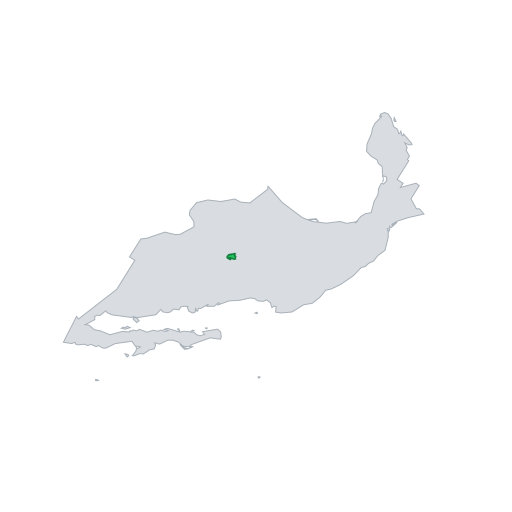 Lerdo, Durango, Mexico (highlighted), rotated 302°
{"feature_id": "50627088B11643703419483", "entity_name": "Lerdo", "entity_type": "district", "adm_level": 2, "iso_a3": "MEX", "parent_name": "Mexico", "parent_adm1": "Durango", "projection": "mercator", "projection_center": [-103.587, 25.471], "detail": "fine", "context": "in_parent", "style": "filled", "palette": "green", "viewbox_px": 512, "rotation_deg": 302, "n_neighbors": 0, "source": "geoboundaries", "source_scale": "gbopen_adm2", "svg_char_len": 5124}
<svg xmlns="http://www.w3.org/2000/svg" viewBox="0 0 512 512"><g transform="rotate(302 256 256)"><path d="M80.8,138.4L109.7,135.8L108.4,138.8L154.1,155.6L188.1,155.5L188.2,149.2L209.4,149.3L213.0,153.8L227.9,166.0L231.4,176.2L234.1,180.1L247.9,188.0L252.3,185.0L255.6,177.6L259.8,175.9L269.7,177.3L278.0,185.5L283.5,197.2L293.1,207.9L293.6,214.5L297.8,222.7L318.7,230.5L321.5,229.3L315.2,250.2L313.1,274.9L314.0,280.1L319.5,287.2L318.3,290.9L318.6,287.1L314.2,281.2L315.6,286.6L321.0,298.1L329.8,309.0L331.8,315.7L338.0,322.6L336.2,322.4L339.8,324.0L338.7,323.0L345.1,323.9L349.8,326.3L353.8,330.7L364.8,327.3L372.8,326.9L378.2,324.2L383.8,323.7L384.9,324.7L384.5,326.1L389.1,327.0L392.2,324.9L391.4,321.4L389.9,322.2L390.3,321.5L398.7,315.6L399.2,310.8L401.6,308.0L401.7,300.2L403.3,294.3L409.7,290.9L421.1,289.1L426.0,287.1L431.6,286.6L440.7,288.7L441.4,287.4L439.1,287.3L442.2,286.4L445.8,289.0L446.5,292.5L444.6,297.2L438.6,304.3L438.4,309.1L435.4,312.0L435.9,313.0L438.6,312.7L435.8,315.6L435.8,316.8L437.7,316.4L434.0,328.3L433.1,329.3L431.2,326.7L430.8,322.2L428.1,326.8L425.4,327.1L421.9,333.2L418.0,333.2L417.7,335.1L395.7,335.1L395.6,342.2L390.6,342.2L402.5,353.1L402.2,357.1L386.6,357.1L381.0,367.1L382.6,369.6L380.6,376.2L369.4,364.9L360.4,357.3L354.9,354.4L354.2,355.2L359.4,357.8L351.4,355.5L352.0,353.6L349.9,354.4L348.5,352.8L347.1,354.5L349.8,355.4L345.7,355.8L341.7,358.3L329.1,362.4L321.0,359.1L314.1,358.4L309.5,355.4L304.9,354.2L302.0,351.3L290.8,349.0L276.9,342.9L267.8,337.2L264.0,333.3L254.6,332.0L245.6,328.7L240.0,322.3L227.6,316.2L221.1,307.6L218.8,302.4L223.7,299.9L222.9,297.6L220.7,296.9L224.0,292.9L224.4,288.1L221.7,286.5L219.0,281.7L219.1,277.3L217.3,273.3L210.0,265.9L203.6,256.9L193.6,249.1L196.4,250.6L196.6,248.9L191.3,247.2L187.3,241.0L190.1,241.2L182.3,237.0L181.2,234.9L178.3,235.7L177.9,234.7L180.0,232.3L176.3,234.2L174.0,232.4L173.6,228.3L176.3,224.6L177.3,225.4L175.4,221.6L172.9,219.2L169.6,219.3L167.3,214.2L163.3,213.1L160.9,210.9L159.2,206.4L160.2,203.6L153.1,202.2L140.6,187.7L139.8,184.3L138.0,183.2L129.8,165.1L129.1,159.5L129.9,157.6L123.0,155.3L121.3,152.3L119.1,151.3L116.6,153.0L107.2,147.5L108.9,151.0L107.8,158.0L110.0,163.5L111.8,173.8L121.4,182.9L124.5,189.0L125.9,188.7L126.6,190.6L128.0,190.8L129.4,194.7L132.0,195.9L133.7,204.1L138.6,208.2L140.2,212.8L142.5,214.2L144.2,219.6L146.2,220.9L145.0,216.9L147.7,219.2L151.1,231.6L154.2,235.1L158.4,243.8L157.8,247.5L158.7,250.8L162.2,254.0L163.5,250.8L173.6,262.2L172.7,266.4L168.8,269.5L166.6,269.9L162.3,260.5L146.4,248.0L144.9,248.2L141.7,244.2L141.0,241.5L141.9,235.6L140.4,229.9L138.0,225.9L130.2,220.9L128.6,216.0L127.2,218.1L123.3,219.0L120.4,215.7L113.1,212.3L111.9,209.4L106.5,205.3L106.0,203.9L111.6,204.6L114.8,203.4L114.8,204.8L117.6,206.1L116.5,202.8L115.2,202.6L117.9,195.9L107.2,183.1L98.3,177.5L96.7,174.7L96.6,169.9L94.4,168.4L93.6,162.9L90.8,160.6L90.3,157.3L86.4,152.2L85.7,149.8L86.9,148.2L84.1,146.1L80.8,138.4ZM140.1,187.9L139.2,191.2L136.3,190.1L137.4,185.2L139.1,184.7L140.1,187.9ZM128.6,187.3L124.5,183.7L123.4,180.1L125.5,181.3L126.0,183.3L128.1,183.8L128.6,187.3ZM444.4,303.4L443.5,302.4L444.0,301.0L446.6,299.9L444.4,303.4ZM141.8,248.1L139.0,244.9L140.6,238.3L140.2,244.2L141.8,248.1ZM104.3,200.8L102.1,200.3L103.6,196.7L104.6,199.4L104.3,200.8ZM67.3,188.8L65.4,186.4L65.8,185.4L66.5,185.5L67.3,188.8ZM144.3,248.2L146.0,250.8L142.4,248.3L144.3,248.2ZM208.8,286.6L208.4,287.6L207.5,287.2L207.1,285.4L208.8,286.6ZM159.5,241.5L160.1,243.5L158.2,241.0L159.5,241.5ZM152.4,228.2L153.4,229.1L151.9,230.9L152.4,228.2ZM155.6,323.4L154.9,323.7L153.8,322.9L154.7,321.8L155.6,323.4ZM387.6,323.8L385.7,324.2L389.1,323.2L387.6,323.8ZM169.1,252.9L168.1,252.7L168.0,250.8L169.1,252.9Z" fill="#d9dde1" stroke="#a8b0b8" stroke-width="1"/><path d="M245.0,237.9L245.2,237.7L245.3,237.5L245.3,237.4L245.4,237.2L245.5,237.1L245.4,237.1L245.5,237.0L245.7,236.9L245.8,236.9L246.0,236.8L246.3,236.8L246.5,236.9L246.6,237.0L246.8,237.2L246.9,236.8L246.8,236.6L246.7,236.6L246.3,236.3L246.2,236.1L245.8,235.8L245.7,235.7L245.2,235.2L245.0,234.9L244.9,234.9L244.9,235.0L244.9,234.9L245.0,234.9L244.9,234.8L244.9,234.7L244.6,234.4L244.4,234.3L244.4,234.2L244.1,234.3L244.0,234.2L243.9,234.1L243.8,233.9L243.7,233.8L243.8,233.6L243.6,233.3L243.4,233.5L243.1,233.2L243.3,233.0L242.9,232.6L242.6,232.3L242.5,232.1L242.1,232.1L241.2,232.0L240.8,231.9L240.6,231.9L240.4,231.8L240.1,231.9L239.6,232.1L239.8,232.1L239.7,232.2L239.8,232.4L239.3,232.6L239.5,233.0L239.6,232.9L240.0,233.5L240.0,233.8L240.0,234.6L240.5,234.6L240.7,234.9L240.3,234.9L240.6,235.7L240.2,235.8L240.1,235.5L239.7,235.5L239.6,235.4L239.2,234.8L239.2,235.0L239.3,235.2L239.3,235.3L239.3,235.5L239.5,235.8L239.5,236.0L240.1,235.8L240.1,236.1L240.6,236.0L240.7,235.9L241.4,236.9L241.4,237.0L241.2,237.3L241.5,238.2L241.5,238.4L241.6,238.5L241.7,238.4L241.6,238.5L241.7,238.8L241.7,239.0L241.9,239.5L242.3,239.8L242.3,239.7L242.5,239.6L242.8,239.7L243.3,239.6L243.6,239.5L243.8,239.4L244.6,239.1L244.8,239.0L244.8,238.9L244.9,238.5L244.8,238.4L244.8,238.2L245.0,238.2L245.0,237.9L245.0,237.9Z" fill="#22c55e" stroke="#15803d" stroke-width="1.5"/></g></svg>